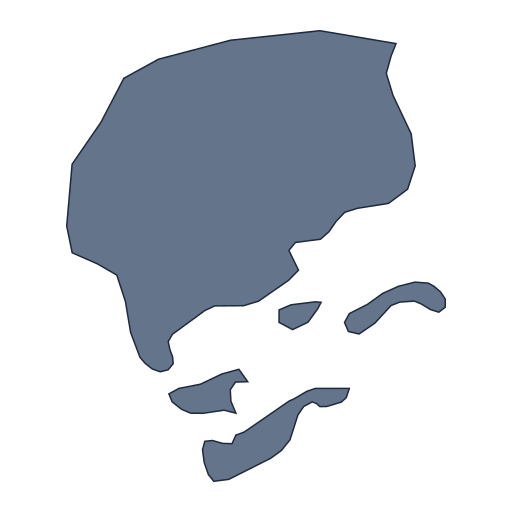 map outline of Central Andros (orthographic projection)
{"feature_id": "BHS-5020", "entity_name": "Central Andros", "entity_type": "District", "adm_level": 1, "iso_a3": "BHS", "parent_name": "The Bahamas", "parent_adm1": "", "projection": "orthographic", "projection_center": [-77.885, 24.401], "detail": "fine", "context": "isolated", "style": "filled", "palette": "slate", "viewbox_px": 512, "rotation_deg": 0, "n_neighbors": 0, "source": "natural_earth", "source_scale": "10m", "svg_char_len": 1539}
<svg xmlns="http://www.w3.org/2000/svg" viewBox="0 0 512 512"><path d="M396.0,43.6L391.1,56.0L386.3,73.3L393.0,95.4L411.2,133.9L415.2,165.9L407.6,189.2L388.5,203.4L357.4,208.3L344.7,212.3L336.1,221.4L328.9,231.8L320.5,239.2L295.4,242.5L288.9,250.4L298.5,270.2L288.6,280.3L258.5,301.2L243.6,305.7L214.8,305.9L204.9,310.5L172.4,334.3L168.2,341.6L169.9,349.6L172.6,356.9L173.2,363.6L168.2,369.8L160.2,371.8L152.3,369.0L145.3,363.5L140.0,357.4L130.6,332.4L125.4,301.4L116.8,275.1L97.5,263.9L72.2,252.8L66.7,226.0L72.1,164.2L100.8,122.5L123.9,78.2L158.5,59.2L230.6,40.2L319.9,30.7L396.0,43.6ZM281.5,450.4L270.8,458.2L228.7,479.4L213.8,481.3L208.4,474.6L204.2,462.5L202.5,449.8L204.8,441.3L212.4,440.5L222.7,443.4L232.0,443.7L235.9,435.1L244.1,432.1L289.5,400.8L293.4,399.2L306.9,391.3L315.4,388.4L349.3,388.4L346.3,397.6L341.3,402.1L326.7,406.5L319.9,406.6L316.4,403.5L312.2,401.9L303.7,406.5L297.9,415.0L290.0,439.8L281.5,450.4ZM374.9,323.1L359.1,334.0L348.4,331.5L344.5,322.5L349.3,313.6L367.4,304.4L382.8,293.3L398.4,286.3L414.9,282.1L428.2,283.1L434.0,286.3L440.6,292.0L445.3,299.2L445.2,307.3L438.8,312.2L430.3,309.5L421.5,304.1L414.4,301.1L399.8,302.1L391.1,305.5L374.9,323.1ZM247.7,381.7L235.5,382.1L230.3,389.7L230.9,401.2L235.9,413.2L224.0,410.2L203.0,413.3L190.7,413.2L181.7,409.4L172.2,401.9L168.9,393.9L178.9,388.4L200.4,384.2L221.8,374.0L238.9,369.3L247.7,381.7ZM291.0,304.8L315.3,301.8L321.1,302.3L317.6,309.0L308.0,322.2L292.6,329.6L279.0,322.4L279.1,309.9L291.0,304.8Z" fill="#64748b" stroke="#1e293b" stroke-width="1.5"/></svg>